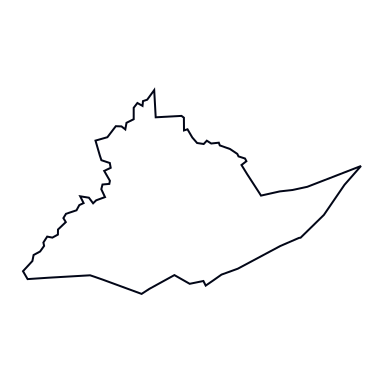 outline of Centre, Pennsylvania, United States of America
{"feature_id": "52423323B56573766601238", "entity_name": "Centre", "entity_type": "district", "adm_level": 2, "iso_a3": "USA", "parent_name": "United States of America", "parent_adm1": "Pennsylvania", "projection": "mercator", "projection_center": [-77.904, 40.972], "detail": "fine", "context": "isolated", "style": "outline", "palette": "ink", "viewbox_px": 384, "rotation_deg": 0, "n_neighbors": 0, "source": "geoboundaries", "source_scale": "gbopen_adm2", "svg_char_len": 1154}
<svg xmlns="http://www.w3.org/2000/svg" viewBox="0 0 384 384"><path d="M27.6,279.1L48.7,277.7L90.1,275.3L94.3,276.7L102.9,279.7L141.6,293.9L149.3,288.9L174.4,275.1L189.7,283.8L203.4,281.0L205.7,285.6L213.7,280.1L221.5,274.6L237.8,268.7L280.3,246.0L299.0,237.9L300.6,237.7L323.9,214.9L344.5,184.8L361.0,166.0L307.3,186.8L292.5,190.0L279.8,191.4L261.0,195.6L259.5,193.2L247.3,174.4L241.5,165.0L246.4,161.2L245.0,158.5L238.5,156.4L237.3,153.9L230.0,149.0L219.8,145.4L218.8,142.7L211.2,143.5L206.8,140.7L203.7,144.0L197.1,143.0L192.3,137.5L187.5,129.3L184.0,130.4L183.9,117.7L181.5,115.9L155.7,117.3L154.2,90.1L147.2,99.7L143.0,101.1L142.5,105.9L137.4,103.0L133.7,107.8L133.7,119.2L126.5,122.8L125.3,129.4L121.5,126.4L115.8,126.2L107.4,137.2L95.5,140.6L99.8,155.4L101.4,160.2L109.8,163.0L110.7,167.8L104.2,170.9L109.9,180.8L109.3,183.9L102.5,184.5L101.3,189.2L105.0,197.1L96.2,200.3L93.1,203.3L88.9,197.7L80.2,196.3L83.6,203.1L79.3,205.1L76.5,210.3L66.0,213.8L63.4,218.1L65.8,222.1L58.0,229.5L57.9,234.6L52.4,237.6L47.2,236.6L43.4,242.5L44.1,245.9L40.1,251.5L33.6,255.0L32.4,261.0L23.0,271.2L27.6,279.1Z" fill="none" stroke="#020617" stroke-width="2"/></svg>